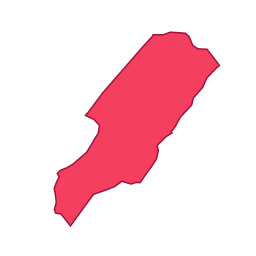 the district of Eskilstuna, Södermanland, Sweden, rotated 314°
{"feature_id": "70781695B99698101105625", "entity_name": "Eskilstuna", "entity_type": "district", "adm_level": 2, "iso_a3": "SWE", "parent_name": "Sweden", "parent_adm1": "Södermanland", "projection": "natural_earth1", "projection_center": [16.38, 59.332], "detail": "fine", "context": "isolated", "style": "filled", "palette": "rose", "viewbox_px": 256, "rotation_deg": 314, "n_neighbors": 0, "source": "geoboundaries", "source_scale": "gbopen_adm2", "svg_char_len": 867}
<svg xmlns="http://www.w3.org/2000/svg" viewBox="0 0 256 256"><g transform="rotate(314 128 128)"><path d="M236.5,150.3L238.4,138.0L239.5,130.1L233.5,123.3L232.4,117.2L236.1,108.7L236.1,103.6L231.8,98.3L226.3,91.9L219.7,88.7L212.5,81.3L211.6,81.9L197.9,82.2L135.8,85.4L110.2,88.7L110.1,88.4L107.5,88.6L110.5,97.5L110.1,105.5L103.5,110.3L97.9,111.4L90.2,113.3L81.8,115.1L73.5,114.4L63.7,113.5L57.1,111.7L50.4,108.7L46.0,108.8L45.2,112.3L38.9,114.4L33.3,116.9L30.2,121.3L24.6,128.2L18.3,131.6L16.5,135.0L19.6,139.6L17.6,154.6L56.2,149.2L69.8,156.0L76.3,158.9L85.6,160.7L87.8,165.3L90.0,169.3L94.3,171.5L97.1,174.7L110.2,172.5L116.2,171.8L125.5,170.0L132.6,165.7L135.8,161.0L148.4,161.4L155.0,163.1L155.5,161.7L161.5,161.0L172.4,158.1L188.8,157.8L194.8,154.2L209.0,153.5L218.8,149.9L231.9,149.9L236.5,150.3Z" fill="#f43f5e" stroke="#9f1239" stroke-width="1.5"/></g></svg>